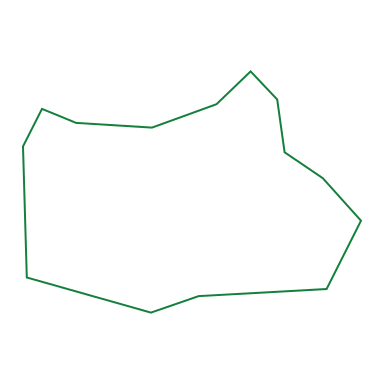 outline of San Ġwann
{"feature_id": "MLT-5937", "entity_name": "San Ġwann", "entity_type": "state/province", "adm_level": 1, "iso_a3": "MLT", "parent_name": "Malta", "parent_adm1": "", "projection": "mercator", "projection_center": [14.476, 35.906], "detail": "fine", "context": "isolated", "style": "outline", "palette": "green", "viewbox_px": 384, "rotation_deg": 0, "n_neighbors": 0, "source": "natural_earth", "source_scale": "10m", "svg_char_len": 300}
<svg xmlns="http://www.w3.org/2000/svg" viewBox="0 0 384 384"><path d="M250.6,71.4L277.2,99.5L284.6,152.3L322.8,178.2L361.0,220.7L326.6,289.0L198.7,296.1L150.9,312.6L26.8,277.5L23.0,146.4L42.0,108.9L76.1,122.9L152.0,127.6L216.5,104.2L250.6,71.4Z" fill="none" stroke="#15803d" stroke-width="2"/></svg>